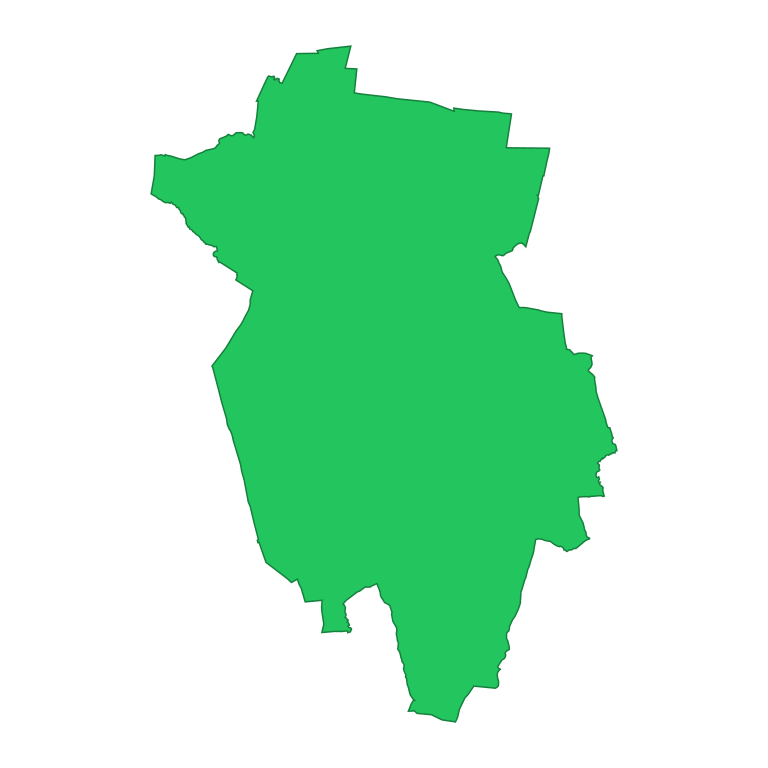 outline of Grumazesti, Neamt, Romania
{"feature_id": "2599482B9810248780709", "entity_name": "Grumazesti", "entity_type": "district", "adm_level": 2, "iso_a3": "ROU", "parent_name": "Romania", "parent_adm1": "Neamt", "projection": "albers", "projection_center": [26.39, 47.135], "detail": "fine", "context": "isolated", "style": "filled", "palette": "green", "viewbox_px": 768, "rotation_deg": 0, "n_neighbors": 0, "source": "geoboundaries", "source_scale": "gbopen_adm2", "svg_char_len": 6105}
<svg xmlns="http://www.w3.org/2000/svg" viewBox="0 0 768 768"><path d="M473.8,686.1L495.4,688.2L497.1,687.2L498.4,685.7L498.6,681.6L497.6,677.9L497.2,675.0L497.4,673.2L498.2,671.4L500.3,669.2L498.5,668.3L497.6,666.7L501.8,660.2L504.5,658.3L505.5,656.3L505.7,654.9L505.2,653.5L505.3,652.4L506.7,650.9L508.6,650.0L509.3,649.3L509.2,646.8L507.8,641.0L506.5,638.4L506.6,632.9L509.0,630.7L509.0,629.4L509.4,628.9L509.5,628.3L509.3,627.0L512.4,620.0L515.0,616.3L517.3,611.4L518.6,608.4L520.5,602.6L520.3,602.3L520.9,594.2L520.8,592.3L521.9,589.5L524.9,579.4L525.8,577.6L527.8,569.3L529.2,566.4L531.0,559.9L533.1,553.8L533.8,550.8L533.8,550.0L535.7,539.5L538.0,538.9L541.6,539.1L544.9,540.5L550.6,541.5L554.0,544.2L557.2,546.0L559.6,546.7L560.2,546.3L561.2,546.5L562.9,547.4L564.1,550.0L564.7,549.8L566.9,551.5L569.2,550.0L571.6,549.9L573.7,548.5L575.9,548.5L584.7,541.2L587.0,539.8L589.6,538.8L589.6,538.3L589.3,538.0L586.9,536.9L585.9,533.8L586.1,533.4L585.8,532.0L584.4,529.3L584.4,528.3L583.0,522.8L579.2,515.3L579.1,509.1L578.0,497.5L578.2,497.2L581.4,496.8L587.4,496.6L588.6,497.1L590.2,496.5L600.8,495.6L602.6,496.4L604.1,496.3L604.3,496.0L603.4,494.1L603.6,493.8L602.8,491.1L603.0,490.4L602.5,488.2L603.0,488.1L603.1,487.8L602.0,486.3L599.6,484.6L599.6,484.0L600.2,482.3L599.2,482.5L598.6,482.1L598.3,481.4L599.4,479.0L598.9,477.8L598.9,477.0L598.7,476.8L598.0,477.4L597.1,477.5L596.5,477.1L596.1,475.9L596.0,474.8L596.3,472.9L597.1,471.8L599.0,471.0L599.8,470.0L598.7,467.1L599.3,466.5L599.1,465.7L599.3,465.4L599.2,464.7L597.5,463.2L598.9,461.4L600.1,461.4L600.8,459.8L601.6,459.3L602.0,458.5L602.4,458.2L602.6,458.8L603.0,458.5L604.8,457.3L605.5,456.1L606.7,455.1L608.0,454.7L608.7,455.2L611.1,453.7L611.8,453.7L611.9,453.2L612.8,452.8L614.9,453.0L615.4,451.2L616.9,450.7L615.8,445.6L615.1,444.4L612.9,443.7L611.7,440.5L613.2,437.7L612.6,437.4L612.1,436.1L612.0,434.7L609.8,427.8L608.7,427.9L607.5,426.9L605.5,420.2L605.8,420.0L597.9,397.7L596.1,391.4L595.9,387.3L594.7,380.8L594.5,378.5L594.8,377.3L593.2,375.1L588.3,370.8L588.2,370.3L588.7,369.3L589.4,369.0L590.9,367.1L592.0,364.6L592.0,363.1L591.2,358.4L591.0,358.1L591.0,357.5L592.3,355.7L585.9,353.4L583.0,353.1L578.3,353.2L574.0,354.5L569.7,349.8L566.7,349.3L566.3,346.8L565.2,342.9L563.7,332.2L561.9,317.3L561.8,313.7L547.2,312.2L541.6,311.0L538.2,309.9L525.3,307.6L519.1,307.5L515.4,299.7L509.3,283.9L506.2,278.3L502.8,273.1L501.8,271.0L500.8,266.6L498.7,262.4L497.9,260.1L495.0,256.4L496.7,255.3L499.0,254.7L501.4,255.5L503.4,255.6L506.0,253.3L512.2,250.7L512.8,249.8L512.7,248.6L514.9,246.1L517.3,244.2L519.5,243.2L521.8,243.0L523.6,244.4L525.8,246.8L529.3,233.4L530.2,231.9L538.7,198.4L538.1,197.5L537.9,196.3L537.3,195.3L538.4,195.3L542.9,175.9L543.8,175.9L547.1,160.4L548.8,153.8L549.6,148.2L506.3,147.8L507.4,140.1L511.5,114.1L510.9,113.8L502.6,113.1L498.6,112.1L479.6,111.0L463.5,109.5L453.8,108.1L454.2,111.3L429.7,102.1L396.7,98.7L386.3,96.9L362.5,94.2L354.3,92.9L356.8,68.9L345.2,68.4L350.8,46.1L327.8,48.7L317.1,50.7L318.4,53.3L296.6,53.6L282.1,83.3L279.6,82.5L279.4,81.4L278.6,80.6L279.2,79.6L279.0,78.9L277.2,78.4L275.4,79.9L274.0,79.5L274.8,78.2L274.0,76.3L273.2,76.3L272.6,77.1L268.7,76.0L267.8,76.9L264.7,83.3L256.5,101.2L258.2,101.2L257.3,111.6L256.7,117.3L254.8,128.3L254.2,130.5L253.0,132.3L254.3,135.5L254.2,137.1L253.4,137.6L251.1,135.0L248.1,134.1L245.1,135.4L242.7,132.9L241.7,132.6L236.6,132.7L235.3,133.3L234.7,134.2L232.9,135.5L231.6,135.7L230.4,135.6L228.8,134.4L227.8,134.7L226.1,136.3L219.8,138.8L219.1,139.7L218.8,140.7L219.5,143.5L217.3,145.2L215.3,147.9L213.2,148.8L206.0,150.3L202.6,152.3L198.4,153.8L191.1,157.6L184.9,159.8L179.8,158.9L171.2,156.2L166.5,155.2L165.3,154.6L165.0,155.9L160.9,154.8L159.2,155.3L155.1,155.5L154.3,175.8L151.1,193.9L155.9,196.6L158.6,198.9L161.2,199.9L162.5,201.1L165.4,202.7L168.0,202.5L170.2,203.3L170.7,202.9L170.9,202.2L171.6,202.2L173.1,204.3L175.4,205.2L176.7,207.5L178.6,207.6L179.1,209.3L180.3,210.4L180.6,211.9L181.2,213.2L181.9,213.7L183.0,213.8L182.9,214.4L184.0,215.7L184.4,217.0L185.4,217.6L186.1,220.8L185.9,221.8L186.4,222.5L186.1,223.7L187.1,224.8L187.4,225.9L188.1,226.9L188.5,227.3L189.6,227.2L189.6,228.9L192.1,230.1L192.7,231.4L194.5,232.5L195.8,234.1L199.3,236.4L201.3,239.6L203.7,241.4L203.9,242.1L205.0,242.9L206.0,244.3L207.4,244.1L209.3,245.0L211.3,245.2L214.1,246.8L215.3,246.5L216.4,246.7L217.5,250.7L214.8,251.6L213.4,253.2L213.4,255.5L214.4,256.5L216.3,256.8L217.1,257.9L217.3,259.6L218.9,262.5L220.2,262.3L237.2,273.1L236.8,274.7L237.1,276.2L236.9,277.8L235.8,279.9L252.8,290.8L250.2,299.9L250.2,304.3L248.6,310.2L245.8,315.2L242.8,321.2L240.6,325.0L236.4,330.5L225.9,347.9L212.0,366.1L212.8,367.8L218.7,390.2L221.8,402.6L226.5,418.5L227.4,424.8L229.4,429.4L230.5,430.9L232.1,435.0L233.2,440.1L240.6,464.7L241.7,471.4L244.2,480.2L248.3,502.0L250.2,506.5L250.9,509.3L254.2,523.2L258.4,539.3L257.3,540.4L258.0,542.7L259.0,542.2L266.0,562.4L287.0,578.4L291.4,582.5L297.4,579.2L299.0,584.1L301.2,588.2L305.2,601.9L322.2,600.3L321.6,606.7L321.8,610.7L323.8,624.2L321.9,632.5L334.9,631.4L341.8,631.5L346.8,630.9L347.5,631.5L347.8,632.7L350.3,631.9L351.4,629.6L351.4,628.6L350.5,627.8L349.1,627.7L348.2,626.8L347.9,625.9L349.3,625.3L349.0,624.0L348.4,622.9L347.1,622.1L347.9,621.2L348.2,620.2L347.1,619.3L346.5,618.2L345.2,617.6L346.1,614.6L344.8,611.6L345.5,607.7L344.3,605.1L343.4,604.7L343.0,604.0L346.2,600.4L357.0,592.1L359.8,591.0L364.8,587.3L365.6,586.8L366.4,587.1L370.3,587.0L371.8,585.9L376.9,583.6L379.5,590.1L380.1,592.0L380.6,595.8L381.7,598.0L382.4,598.8L384.6,602.6L387.0,603.7L389.7,605.5L392.0,612.3L391.6,614.5L392.9,621.3L396.7,628.0L396.8,630.5L396.3,634.0L397.2,637.8L397.3,640.2L398.4,643.0L397.8,649.2L399.8,652.4L401.2,658.3L401.9,659.8L401.8,661.2L404.1,664.5L404.0,666.8L403.5,668.6L404.2,671.3L406.0,675.3L405.5,676.9L405.6,677.3L406.4,677.9L407.3,684.7L408.4,687.4L410.1,694.6L412.9,698.9L414.6,700.4L413.4,700.6L412.6,701.6L410.9,704.8L408.4,711.2L414.4,710.9L417.1,713.4L431.4,714.7L442.1,719.9L455.5,721.9L457.6,717.2L459.5,709.1L464.9,697.9L468.0,694.6L473.8,686.1Z" fill="#22c55e" stroke="#15803d" stroke-width="1.5"/></svg>